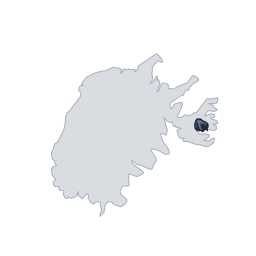 location of Súðavíkurhreppur, Vestfirðir, Iceland, rotated 150°
{"feature_id": "244011B7322015257461", "entity_name": "Súðavíkurhreppur", "entity_type": "district", "adm_level": 2, "iso_a3": "ISL", "parent_name": "Iceland", "parent_adm1": "Vestfirðir", "projection": "orthographic", "projection_center": [-22.738, 65.904], "detail": "fine", "context": "in_parent", "style": "filled", "palette": "slate", "viewbox_px": 256, "rotation_deg": 150, "n_neighbors": 0, "source": "geoboundaries", "source_scale": "gbopen_adm2", "svg_char_len": 6693}
<svg xmlns="http://www.w3.org/2000/svg" viewBox="0 0 256 256"><g transform="rotate(150 128 128)"><path d="M181.9,74.0L183.8,73.9L186.6,72.2L190.5,67.6L192.3,66.5L196.4,65.9L191.8,70.5L190.5,75.0L189.3,77.3L189.4,78.2L193.4,80.4L195.0,79.3L195.8,79.5L196.7,80.7L197.5,83.1L197.5,85.6L196.7,88.3L195.6,90.6L195.9,91.3L197.1,91.5L202.9,89.4L204.0,92.4L204.7,93.4L204.7,94.4L202.7,98.1L205.3,95.6L207.4,94.7L211.4,95.2L213.1,96.2L214.4,98.2L216.2,97.3L217.2,98.4L217.4,99.7L217.1,103.3L215.1,105.4L216.8,107.8L218.0,107.7L218.3,108.2L218.4,109.8L216.8,111.8L220.0,113.4L220.5,114.1L220.7,116.4L220.4,117.7L219.6,118.6L217.5,119.1L216.3,120.1L216.9,121.4L217.1,125.3L215.8,128.7L214.5,130.6L213.1,131.9L208.6,131.3L209.1,134.0L207.8,135.9L208.3,137.2L208.9,137.9L208.9,139.7L207.4,143.7L206.2,145.1L203.5,146.9L199.9,150.8L195.8,151.2L186.3,157.3L182.6,160.3L176.2,168.9L173.3,171.3L168.2,172.8L152.9,179.3L151.3,182.5L151.3,183.2L152.1,184.3L151.1,186.6L148.8,188.4L147.6,188.5L145.6,187.3L145.4,187.9L146.3,189.5L138.7,192.8L127.8,192.0L118.0,188.6L110.4,188.2L104.9,183.1L104.7,182.2L105.2,180.6L107.1,179.8L106.1,178.2L103.0,181.2L102.0,181.1L100.6,180.0L100.5,178.9L97.8,178.6L93.1,175.3L92.8,174.5L93.8,173.4L93.6,173.2L91.1,173.4L87.6,176.6L66.1,178.1L65.3,176.5L64.4,170.3L65.2,167.7L66.1,168.0L68.6,171.5L74.3,169.5L76.6,168.2L78.7,164.8L79.9,163.7L81.6,159.4L83.3,156.8L86.9,155.5L83.7,154.8L78.4,158.3L76.6,158.3L77.4,156.8L79.2,155.1L77.9,155.0L77.5,154.3L77.4,152.7L78.3,150.1L84.5,145.5L83.0,144.7L78.7,148.2L75.6,149.4L73.0,147.9L71.7,145.8L71.8,144.8L73.3,142.1L73.0,141.6L72.0,141.3L69.2,138.9L64.8,139.1L54.0,137.6L45.8,141.0L43.9,139.3L42.3,135.9L42.7,134.5L44.1,133.8L48.1,134.0L54.0,132.4L56.6,130.4L57.7,131.0L58.2,131.9L61.8,130.4L63.7,128.7L66.9,129.5L79.0,128.5L80.5,126.1L81.1,123.4L80.8,122.8L76.4,125.4L75.4,125.4L70.3,124.1L68.4,122.6L69.0,121.3L71.7,118.7L78.6,114.2L79.5,113.4L79.6,112.3L76.9,110.5L71.7,111.0L70.4,108.8L66.1,107.5L63.3,108.3L61.8,107.0L44.9,113.8L39.5,110.5L35.6,109.9L35.3,108.8L37.7,105.8L39.2,105.3L40.8,105.6L43.7,107.8L45.7,108.5L43.2,105.3L43.2,102.3L42.4,101.5L41.6,99.5L42.0,98.8L45.0,99.3L49.9,102.9L52.3,102.3L55.4,100.1L48.4,98.7L46.4,95.9L47.9,94.5L51.5,94.8L47.6,90.0L47.4,89.1L48.1,87.0L53.0,88.9L50.5,86.1L50.4,85.5L51.2,85.0L51.6,83.2L52.8,82.6L55.3,83.2L59.2,86.5L59.7,87.4L59.9,90.7L61.4,90.2L63.3,90.7L64.8,88.4L65.8,88.9L66.6,90.9L66.6,95.4L67.6,93.8L69.4,93.7L69.7,90.1L69.3,87.1L63.4,83.8L61.1,81.3L61.4,80.5L62.5,79.8L68.7,79.2L66.0,77.7L65.4,76.3L60.7,76.8L58.4,76.2L58.3,75.5L59.3,74.4L62.1,72.1L67.4,71.9L69.6,72.5L73.8,77.5L77.1,79.5L82.8,86.2L86.5,88.7L86.7,89.4L86.1,90.2L84.7,91.1L86.9,92.2L88.2,94.0L88.3,94.7L87.3,100.2L85.9,102.0L82.5,101.0L83.4,102.8L85.8,104.6L86.4,105.6L86.0,106.6L87.2,106.3L87.6,106.8L87.1,110.0L86.5,111.1L88.6,111.7L90.0,113.2L91.8,119.4L92.6,114.6L93.1,112.8L93.9,112.1L94.7,107.2L96.9,104.2L99.0,103.1L101.3,106.4L102.8,106.7L104.3,100.6L104.3,96.2L103.6,91.4L103.8,87.9L104.7,85.8L106.1,85.1L109.2,87.0L111.9,91.7L115.9,96.8L118.6,98.0L119.0,97.8L119.4,96.1L118.7,89.2L119.7,85.4L122.7,84.4L127.2,80.7L128.2,80.5L130.7,82.4L135.2,89.0L138.4,92.0L140.3,97.1L141.1,98.0L141.6,96.3L141.5,94.0L137.2,83.6L137.0,82.2L137.3,81.0L143.7,81.1L145.2,82.2L150.1,87.9L152.1,85.2L155.8,77.7L157.3,77.8L161.2,80.4L162.7,80.0L166.7,76.9L167.3,73.5L164.8,66.9L165.4,65.4L169.2,63.4L173.5,63.2L178.5,69.0L179.0,72.0L181.9,74.0Z" fill="#d9dde1" stroke="#a8b0b8" stroke-width="1"/><path d="M60.6,99.3L60.9,99.5L61.4,99.5L61.5,99.6L61.7,99.9L61.9,100.2L62.2,100.5L62.7,100.7L63.2,100.7L64.1,101.1L64.6,100.9L64.7,100.5L65.1,100.5L65.5,100.4L65.8,100.2L65.9,99.9L65.9,99.7L65.9,99.4L66.1,99.2L66.3,99.2L66.5,99.2L66.8,98.9L67.1,98.8L67.1,98.7L67.5,98.5L68.0,98.0L68.1,97.8L68.2,97.6L68.5,97.3L68.7,97.0L69.0,96.4L69.1,96.2L69.2,95.8L69.4,95.4L69.7,95.0L69.7,94.9L69.7,94.7L69.7,94.4L69.8,94.1L69.9,93.9L69.9,93.7L69.8,93.4L69.8,93.2L69.8,92.9L69.6,92.8L69.6,93.0L69.6,93.5L69.7,93.9L69.7,94.0L69.5,94.3L69.3,94.4L69.3,94.2L69.3,93.8L69.2,93.5L69.2,93.2L69.3,92.9L69.4,92.7L69.2,92.1L69.0,91.9L68.9,92.0L68.9,91.9L68.9,92.0L68.9,92.3L68.7,92.5L68.7,92.4L68.5,92.1L68.5,91.9L68.5,91.5L68.5,91.4L68.4,91.2L68.3,90.9L68.2,90.7L68.2,90.9L68.0,91.0L68.1,91.3L67.9,91.7L67.9,91.8L67.9,92.0L67.9,92.4L67.8,92.5L67.7,92.7L67.7,92.8L67.4,93.1L67.4,93.3L67.5,93.5L67.4,93.8L67.3,94.1L67.2,94.2L67.1,94.7L67.0,94.9L66.6,95.4L66.6,95.9L66.6,96.0L66.6,96.3L66.2,97.1L65.8,97.1L66.0,96.8L66.2,96.5L66.2,96.3L66.3,96.1L66.1,96.0L66.1,95.9L66.3,95.2L66.5,94.9L66.7,94.7L66.7,94.4L66.8,93.9L66.9,93.7L67.0,93.6L66.9,93.3L67.1,92.8L67.1,92.7L67.2,92.1L67.0,91.9L67.1,91.7L67.3,90.9L67.2,91.0L66.9,91.0L66.9,90.9L66.9,90.7L66.9,90.4L66.6,90.3L66.6,89.9L66.4,89.5L66.4,89.4L66.3,89.6L66.1,89.5L65.9,89.4L65.7,89.2L65.6,88.7L65.5,88.4L65.4,88.4L65.5,88.3L65.5,88.2L65.5,87.9L65.4,87.9L65.4,88.1L64.9,88.1L64.9,88.3L64.7,88.4L64.6,88.2L64.4,88.0L64.2,87.7L64.1,87.8L64.0,88.0L64.0,88.3L63.9,88.7L63.8,89.0L63.8,89.6L63.7,89.8L63.8,90.1L63.9,90.6L63.9,90.8L63.8,91.0L63.7,91.5L63.8,92.0L63.6,92.4L63.5,92.9L63.3,93.2L63.2,93.3L63.1,93.6L63.0,94.1L62.9,94.3L62.7,94.4L62.7,94.2L62.7,94.3L62.6,94.2L62.7,93.4L63.0,92.9L63.1,92.4L63.1,92.2L63.1,91.9L63.2,91.5L63.2,91.3L63.2,91.1L63.2,90.6L63.3,90.5L63.3,90.4L63.1,90.1L63.0,89.9L62.9,90.1L62.7,90.3L62.6,90.6L62.5,90.8L62.4,91.2L62.4,91.4L62.3,91.6L61.9,92.1L61.4,92.5L61.2,92.9L60.8,93.2L60.6,93.7L60.4,93.7L60.5,93.3L60.6,93.1L60.9,92.7L61.0,92.4L61.7,91.7L62.0,91.3L62.1,90.7L62.3,90.5L62.3,90.2L62.5,89.7L62.5,89.4L62.5,89.2L62.4,88.8L62.4,88.7L62.5,88.6L62.4,88.4L62.2,88.5L62.1,88.8L62.2,89.1L62.0,89.3L61.9,89.7L61.6,90.2L61.4,90.4L61.5,90.8L61.7,91.1L61.6,91.3L61.4,91.0L61.2,90.7L61.2,90.3L61.2,90.2L61.4,89.7L61.5,89.7L61.5,89.4L61.5,89.2L61.3,88.7L61.2,88.1L61.0,88.3L60.9,88.7L60.9,88.8L60.9,89.0L60.7,89.5L59.7,90.7L59.7,90.8L59.6,91.0L59.5,91.3L59.5,91.2L59.4,91.1L59.0,91.5L58.9,91.5L58.8,91.4L58.9,91.2L59.2,90.8L59.3,90.5L59.4,90.4L59.6,90.0L59.6,89.9L60.1,89.5L60.3,89.2L60.4,88.8L60.4,88.6L60.5,88.5L60.4,88.5L60.5,88.5L60.4,88.5L60.5,88.4L60.5,88.5L60.5,88.4L60.4,88.2L60.4,87.8L60.4,87.5L60.4,87.1L60.3,86.7L60.1,87.1L60.1,87.4L60.0,87.5L59.7,88.2L59.6,88.5L59.3,88.7L58.2,89.0L58.2,89.3L58.1,89.9L57.8,90.1L57.7,90.3L57.4,90.5L57.2,90.7L57.4,90.9L57.2,91.3L57.1,91.5L57.1,92.1L57.1,92.5L57.3,92.8L57.4,93.0L57.6,93.2L57.9,93.7L58.0,93.9L58.0,94.2L58.3,95.0L59.4,96.1L59.7,96.9L59.9,97.2L60.1,97.5L60.3,98.2L60.6,98.8L60.6,99.0L60.6,99.3ZM63.1,88.1L63.1,87.6L63.0,87.8L63.0,88.0L63.1,88.1ZM69.3,91.0L69.3,90.9L69.3,91.0L69.2,91.0L69.3,91.3L69.4,91.1L69.3,91.0ZM67.3,93.0L67.2,93.0L67.3,93.1L67.3,93.0Z" fill="#64748b" stroke="#1e293b" stroke-width="1.5"/></g></svg>